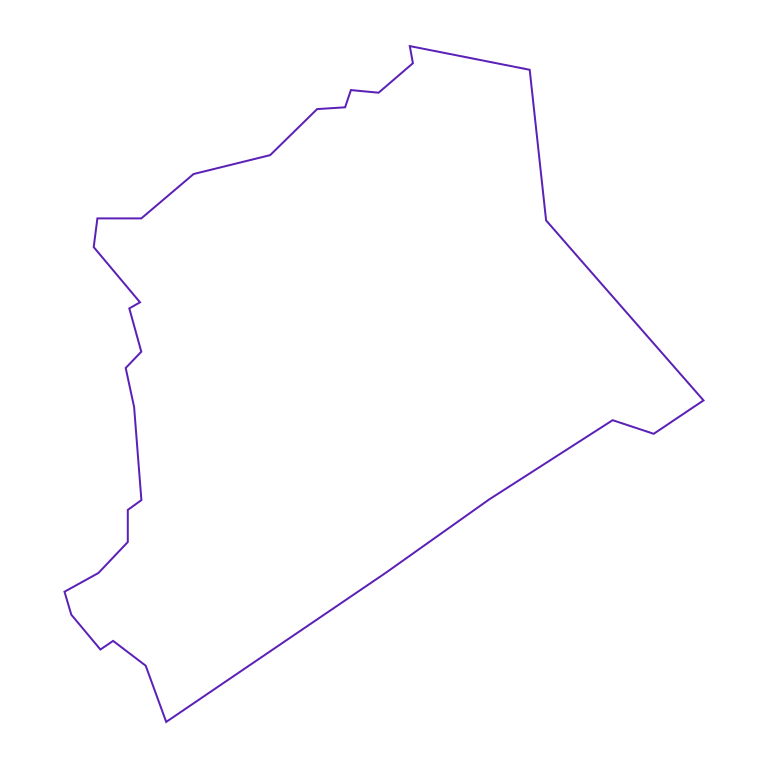 the district of Gilmer, West Virginia, United States of America
{"feature_id": "52423323B25764117522336", "entity_name": "Gilmer", "entity_type": "district", "adm_level": 2, "iso_a3": "USA", "parent_name": "United States of America", "parent_adm1": "West Virginia", "projection": "robinson", "projection_center": [-80.912, 38.914], "detail": "fine", "context": "isolated", "style": "outline", "palette": "violet", "viewbox_px": 768, "rotation_deg": 0, "n_neighbors": 0, "source": "geoboundaries", "source_scale": "gbopen_adm2", "svg_char_len": 536}
<svg xmlns="http://www.w3.org/2000/svg" viewBox="0 0 768 768"><path d="M97.4,218.4L93.7,247.1L140.0,302.3L129.3,308.4L141.3,351.7L125.7,368.0L134.1,407.0L141.4,500.1L127.8,509.9L127.8,542.0L98.4,573.0L64.5,591.7L71.3,614.7L100.4,649.5L113.1,640.9L145.7,665.7L166.2,721.9L385.9,572.7L489.2,499.4L612.6,420.2L653.7,433.8L703.5,400.4L579.4,258.6L546.1,220.4L529.7,69.8L409.8,46.1L412.9,63.2L378.6,92.7L350.9,90.1L345.1,107.3L317.1,109.1L270.2,155.1L193.6,174.0L141.3,218.4L97.4,218.4Z" fill="none" stroke="#5b21b6" stroke-width="2"/></svg>